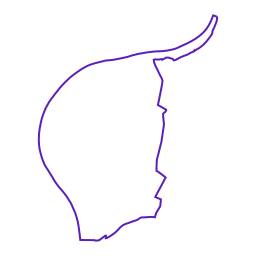 outline of Westervoort, Gelderland, Netherlands
{"feature_id": "6326949B9198746369374", "entity_name": "Westervoort", "entity_type": "district", "adm_level": 2, "iso_a3": "NLD", "parent_name": "Netherlands", "parent_adm1": "Gelderland", "projection": "mercator", "projection_center": [5.981, 51.96], "detail": "fine", "context": "isolated", "style": "outline", "palette": "violet", "viewbox_px": 256, "rotation_deg": 0, "n_neighbors": 0, "source": "geoboundaries", "source_scale": "gbopen_adm2", "svg_char_len": 5409}
<svg xmlns="http://www.w3.org/2000/svg" viewBox="0 0 256 256"><path d="M58.5,186.5L58.9,187.0L63.0,191.7L66.3,195.9L68.5,199.3L68.8,199.9L70.4,202.4L71.6,204.6L72.7,207.3L73.2,208.4L74.3,210.8L75.3,213.2L76.8,218.0L77.7,221.4L78.3,224.7L78.7,227.0L79.9,236.4L80.3,240.0L90.7,240.1L92.8,240.1L93.4,240.1L94.3,240.1L94.5,240.2L94.7,240.3L94.8,240.4L95.1,240.4L95.6,240.6L95.8,240.6L96.0,240.6L96.3,240.6L96.8,240.6L97.3,240.5L97.6,240.5L98.0,240.4L98.5,240.3L99.3,240.2L99.7,239.8L101.4,238.6L102.7,237.6L104.0,236.6L104.4,236.3L104.5,236.2L104.9,235.9L105.0,235.9L105.7,235.7L105.9,235.7L105.9,236.1L105.9,237.5L105.8,238.2L106.7,238.1L107.3,237.8L107.7,237.6L108.2,237.3L108.6,237.1L109.0,236.9L109.7,236.4L111.6,235.2L112.4,234.6L113.3,234.0L114.2,233.3L114.6,233.0L115.1,232.6L116.3,231.5L116.8,231.0L117.3,230.5L117.7,230.2L118.6,229.2L119.0,228.8L119.4,228.3L120.0,227.6L120.4,227.2L120.9,226.8L121.5,226.3L122.2,225.8L122.9,225.3L123.7,224.8L124.2,224.6L124.8,224.3L125.2,224.1L125.8,223.9L126.5,223.6L127.6,223.3L129.0,222.8L130.5,222.2L133.0,221.3L135.0,220.7L136.3,220.3L136.7,220.1L137.1,219.9L139.5,218.4L140.4,217.8L141.5,217.4L142.0,217.4L143.2,217.4L146.7,217.2L149.6,217.0L151.0,216.9L152.1,217.0L153.5,217.1L154.9,217.3L156.1,213.2L156.2,212.9L156.4,212.7L159.5,207.4L159.9,206.8L160.2,206.1L160.3,205.5L160.4,204.9L160.9,199.5L160.9,199.4L155.3,197.0L156.8,194.0L158.1,191.6L161.4,185.5L165.6,177.5L164.7,176.7L162.4,174.9L158.9,172.3L157.2,171.2L156.5,170.9L156.5,170.4L156.5,168.4L156.6,168.2L156.5,167.7L156.6,165.9L156.7,162.3L156.9,160.0L156.9,159.4L157.0,159.0L157.1,158.6L157.5,157.2L158.4,154.0L158.4,153.8L160.5,145.3L161.4,141.9L161.5,141.5L161.5,141.0L161.9,138.7L162.1,136.9L162.3,136.0L162.9,131.6L163.2,129.9L163.4,128.4L164.0,124.2L163.8,122.6L163.6,121.5L163.5,120.1L163.5,119.5L163.4,118.9L163.3,118.1L163.2,116.7L163.1,114.9L163.1,114.5L163.1,114.4L163.1,114.2L163.2,113.9L163.2,113.6L163.3,113.5L163.4,113.4L163.5,113.3L163.6,113.2L164.2,112.7L164.4,112.6L164.6,112.4L164.9,112.2L165.0,112.1L165.2,111.9L165.4,111.7L165.5,111.5L165.8,111.0L165.9,110.9L166.1,110.3L166.2,109.8L164.2,108.6L161.8,107.2L157.9,105.0L159.4,98.0L159.6,96.8L159.8,95.8L160.8,90.9L161.3,88.2L161.9,85.2L162.2,83.1L162.3,82.4L162.4,81.9L162.4,81.5L162.4,81.2L162.5,80.6L162.2,79.7L161.7,78.3L161.4,77.8L160.8,76.6L160.2,75.5L159.7,74.6L159.2,73.4L158.2,71.4L157.8,70.5L157.4,69.6L157.2,69.3L156.9,68.6L156.4,67.7L155.9,66.7L155.3,65.4L154.9,64.4L154.5,63.5L154.2,62.3L154.0,61.7L153.9,61.0L153.8,60.5L153.7,59.9L153.7,59.7L153.8,59.6L154.2,59.6L154.5,59.6L154.8,59.5L155.3,59.4L155.5,59.4L155.8,59.4L156.0,59.3L157.3,59.6L157.7,59.6L158.2,59.6L158.6,59.6L159.2,59.5L159.6,59.4L159.9,59.3L160.3,59.2L160.5,59.2L161.1,59.2L161.3,59.2L161.6,59.2L161.9,59.2L162.2,59.2L162.3,59.7L162.7,59.4L163.4,59.0L163.8,58.9L164.2,58.7L164.5,58.6L164.8,58.4L165.1,58.2L165.4,58.0L165.7,57.8L166.0,57.7L166.3,57.6L166.5,57.6L166.9,57.6L167.3,57.6L167.8,57.5L168.3,57.6L168.7,57.7L169.3,57.9L170.0,58.1L170.4,58.2L170.8,58.4L171.2,58.5L171.6,58.6L172.5,58.8L172.8,59.0L173.1,59.2L173.2,59.4L173.5,59.8L173.6,60.0L173.8,60.2L173.8,60.3L174.0,60.3L174.5,60.3L174.7,60.2L175.4,60.0L175.6,59.9L175.8,59.8L176.0,59.7L176.5,59.5L177.1,59.1L177.4,59.0L178.1,58.6L178.7,58.2L179.6,57.8L180.3,57.4L181.3,56.9L182.2,56.6L182.4,56.5L183.2,56.2L183.9,55.9L184.7,55.6L185.5,55.3L186.4,55.0L187.1,54.7L187.5,54.6L187.8,54.4L188.1,54.3L188.4,54.1L188.9,53.8L189.6,53.4L190.0,53.1L190.5,52.8L191.2,52.5L192.1,52.2L192.7,51.9L193.3,51.6L193.7,51.4L194.1,51.3L194.2,50.9L194.1,50.7L194.5,50.3L194.7,50.7L195.3,50.4L195.5,50.2L196.0,49.9L196.3,49.7L196.7,49.4L197.3,49.1L197.9,48.8L198.5,48.5L199.1,48.1L199.3,47.9L199.9,47.5L200.2,47.2L200.6,47.0L201.3,46.4L201.9,46.0L202.3,45.7L202.6,45.4L203.3,44.8L203.8,44.2L204.7,43.4L205.6,42.4L206.1,42.0L207.1,40.6L208.1,39.4L209.5,37.6L210.2,36.6L210.9,35.7L211.7,34.6L211.9,34.1L212.1,33.6L212.3,32.6L212.6,30.7L213.4,29.1L213.8,28.4L215.3,24.7L215.7,23.8L216.5,21.7L216.9,19.7L217.2,17.6L216.2,16.4L213.2,15.4L212.8,16.4L212.2,18.0L211.4,20.0L210.8,21.4L210.3,22.3L209.2,24.5L208.5,25.7L207.6,27.1L207.0,28.1L205.9,29.5L204.9,30.7L203.4,32.4L202.3,33.4L201.0,34.6L199.8,35.6L198.7,36.4L197.7,37.2L195.3,38.9L193.8,39.7L191.9,40.9L190.2,41.8L188.9,42.5L187.3,43.3L177.6,47.8L176.7,48.2L174.1,49.1L171.5,49.7L168.7,50.3L166.2,50.7L162.0,51.2L161.5,51.2L160.1,51.2L159.1,51.3L157.9,51.3L156.3,51.4L155.0,51.5L153.5,51.6L150.3,52.0L149.0,52.2L147.7,52.3L145.3,52.7L144.2,52.9L141.9,53.3L140.5,53.5L139.2,53.7L137.8,54.0L135.0,54.7L133.8,55.0L132.2,55.4L130.6,55.9L128.7,56.5L127.9,56.8L125.7,57.3L123.5,57.8L121.6,58.2L120.2,58.5L118.1,58.9L116.9,59.1L115.0,59.5L113.1,59.8L111.8,60.0L109.5,60.2L106.1,60.5L102.2,61.4L97.4,62.6L95.1,63.2L93.0,63.8L91.5,64.3L89.7,64.9L86.4,66.4L82.2,68.7L81.1,69.4L79.4,70.6L77.0,72.2L75.8,73.1L73.8,74.5L72.1,75.9L70.9,76.8L69.3,78.2L68.2,79.3L66.9,80.5L65.5,81.8L64.0,83.4L62.3,85.1L59.3,88.5L58.2,90.0L57.1,91.4L55.7,93.1L54.7,94.4L53.4,96.2L51.1,99.1L49.3,101.7L47.1,105.5L45.4,108.9L44.5,111.0L42.9,115.2L41.6,119.3L40.8,122.8L40.2,125.8L39.6,129.1L39.3,131.6L39.0,133.8L38.9,136.8L38.8,139.9L38.9,142.3L39.0,144.2L39.3,146.9L39.7,149.5L40.4,152.5L41.7,157.2L42.9,160.5L44.2,163.8L45.7,166.7L47.3,169.0L50.2,173.7L52.6,177.5L53.9,179.8L55.1,181.8L57.0,184.5L57.3,184.8L57.6,185.2L58.3,186.2L58.5,186.5Z" fill="none" stroke="#5b21b6" stroke-width="2"/></svg>